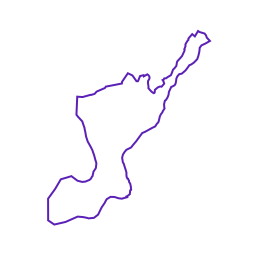 Mokwa, Niger, Nigeria (Mercator projection), rotated 277°
{"feature_id": "59680162B23155718085687", "entity_name": "Mokwa", "entity_type": "district", "adm_level": 2, "iso_a3": "NGA", "parent_name": "Nigeria", "parent_adm1": "Niger", "projection": "mercator", "projection_center": [5.257, 9.194], "detail": "fine", "context": "isolated", "style": "outline", "palette": "violet", "viewbox_px": 256, "rotation_deg": 277, "n_neighbors": 0, "source": "geoboundaries", "source_scale": "gbopen_adm2", "svg_char_len": 2825}
<svg xmlns="http://www.w3.org/2000/svg" viewBox="0 0 256 256"><g transform="rotate(277 128 128)"><path d="M59.2,135.5L59.9,134.9L60.5,135.9L62.6,137.9L65.2,137.8L66.0,137.8L66.3,137.8L66.6,138.0L67.0,138.2L67.1,138.3L67.1,138.5L67.3,138.5L67.6,138.6L67.8,138.5L68.1,138.4L68.3,138.3L69.7,138.1L73.0,137.0L74.5,135.7L75.9,135.4L76.9,134.6L77.7,134.2L77.7,133.6L79.3,132.6L81.5,132.1L83.5,131.9L85.5,131.1L88.5,129.7L91.9,128.2L93.5,127.0L96.1,126.3L97.7,125.8L100.9,126.2L103.6,127.4L106.2,129.1L109.0,133.4L109.5,133.7L112.3,135.4L115.9,137.8L116.1,137.9L119.9,140.0L124.7,142.7L126.7,146.0L130.8,151.6L132.9,154.8L135.6,156.1L137.6,157.5L140.5,157.9L143.4,158.2L145.7,159.0L147.5,160.1L149.2,160.6L151.8,161.9L153.3,161.4L156.0,160.9L159.6,161.3L160.5,162.3L163.1,163.5L165.9,164.2L168.7,164.2L170.6,164.8L172.1,165.3L174.1,165.9L174.6,167.0L175.5,168.3L176.8,169.5L178.7,169.9L180.7,170.0L183.1,170.0L185.3,170.7L187.7,172.3L188.4,174.6L189.2,175.4L191.6,177.6L192.1,178.0L193.2,178.7L196.0,180.3L197.9,181.3L198.6,182.8L200.9,185.4L204.7,188.3L208.0,189.0L208.6,189.1L211.4,189.4L212.9,189.5L213.2,189.5L216.4,189.4L219.0,190.9L221.3,194.6L224.4,198.7L227.3,195.2L229.4,194.2L231.1,192.5L232.0,187.2L232.8,185.7L227.1,183.2L229.0,180.3L224.2,177.1L222.8,177.2L222.1,176.6L220.7,175.9L218.0,174.8L217.9,174.8L216.2,175.1L213.5,174.4L213.5,174.5L211.7,174.7L209.9,174.1L206.1,172.9L203.8,171.4L202.1,170.2L201.0,169.4L200.4,168.9L199.2,168.6L198.1,168.5L197.2,168.5L195.5,168.4L192.7,166.7L192.1,166.1L191.7,165.8L191.2,165.5L190.5,165.4L189.8,165.2L188.8,165.0L186.9,164.5L185.6,164.1L183.4,161.2L182.0,159.7L181.6,157.9L180.4,157.5L179.8,156.5L178.7,157.5L176.4,158.5L173.1,156.3L173.1,154.7L171.9,152.6L169.2,150.1L168.5,150.1L166.3,150.1L165.7,149.4L165.9,148.8L166.9,147.0L168.1,145.5L170.0,143.4L171.6,143.3L173.8,142.7L175.1,142.3L177.1,142.2L179.4,143.2L180.8,143.2L181.5,143.0L182.1,142.6L183.1,141.6L183.6,140.6L182.3,138.9L181.2,137.4L182.3,137.0L181.1,133.7L175.7,132.2L175.5,130.7L180.7,126.0L182.3,121.2L173.2,116.5L171.4,116.5L166.4,101.0L164.8,100.1L160.3,92.4L157.8,90.7L156.3,87.3L156.4,86.9L153.2,79.2L152.9,73.8L134.9,75.2L132.9,77.2L129.0,81.8L124.8,83.8L123.1,84.7L120.4,85.5L119.2,86.0L114.5,87.4L111.9,88.6L111.3,88.9L109.6,89.7L106.5,92.0L105.8,92.5L105.2,92.9L103.9,93.9L102.7,94.6L101.6,95.4L100.5,95.9L99.6,96.3L97.1,97.6L92.3,99.5L90.9,100.2L89.2,100.9L84.8,101.0L83.9,100.8L80.4,99.0L79.0,99.0L77.9,98.8L76.0,98.7L75.2,98.1L74.0,97.7L72.9,97.1L72.4,96.7L71.6,95.8L69.6,92.2L68.9,89.0L69.5,84.3L73.3,77.7L68.9,67.6L58.4,63.0L48.1,57.3L26.6,60.0L23.2,66.6L27.1,77.4L33.9,88.8L34.0,91.0L34.1,94.6L33.8,98.4L33.5,99.9L34.7,105.2L38.4,108.9L46.0,111.5L50.8,114.0L52.3,114.5L54.7,115.5L57.5,119.0L57.9,123.0L57.1,127.2L57.1,130.5L59.2,135.5Z" fill="none" stroke="#5b21b6" stroke-width="2"/></g></svg>